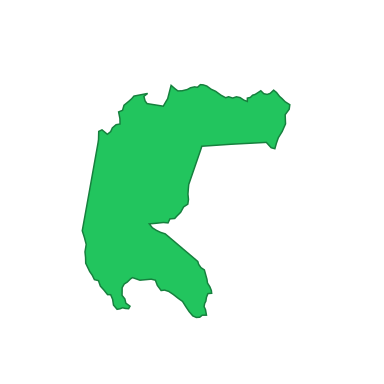 the district of Itauçu, Goiás, Brazil, rotated 328°
{"feature_id": "56859067B31069822837924", "entity_name": "Itauçu", "entity_type": "district", "adm_level": 2, "iso_a3": "BRA", "parent_name": "Brazil", "parent_adm1": "Goiás", "projection": "equal_earth", "projection_center": [-49.6, -16.218], "detail": "fine", "context": "isolated", "style": "filled", "palette": "green", "viewbox_px": 384, "rotation_deg": 328, "n_neighbors": 0, "source": "geoboundaries", "source_scale": "gbopen_adm2", "svg_char_len": 1966}
<svg xmlns="http://www.w3.org/2000/svg" viewBox="0 0 384 384"><g transform="rotate(328 192 192)"><path d="M139.0,304.1L141.1,298.9L141.5,295.6L143.7,293.2L145.9,291.9L148.5,288.9L151.7,286.6L155.0,288.3L156.2,285.8L156.9,281.9L156.9,277.4L158.4,274.0L161.2,264.6L159.5,260.9L159.3,256.8L160.1,254.0L147.1,213.3L143.9,209.5L141.4,205.5L139.4,201.3L138.9,196.4L144.4,199.2L151.6,202.7L155.3,205.5L159.0,203.1L163.3,205.3L166.4,204.4L171.6,203.2L177.0,200.2L182.0,200.1L185.1,196.4L187.4,191.7L190.4,187.6L193.2,183.9L221.5,161.0L224.6,158.4L250.8,172.4L281.3,189.3L282.6,196.4L285.2,199.2L289.5,195.3L294.0,191.7L300.5,188.5L307.4,183.8L312.0,175.8L318.3,173.3L321.2,169.8L318.8,164.8L317.8,160.3L316.9,157.3L316.4,152.4L315.2,148.9L310.5,149.8L307.5,149.1L305.0,146.7L304.0,142.6L300.0,142.7L297.2,142.7L294.7,142.0L291.6,142.7L288.7,141.7L286.9,144.5L284.7,141.6L282.8,137.4L280.1,134.8L276.3,133.9L273.5,130.6L270.5,129.9L267.8,125.1L265.4,119.1L262.7,115.0L260.7,110.0L258.3,107.1L256.0,105.4L252.1,106.1L249.9,104.2L246.0,102.8L242.3,102.6L237.2,100.9L233.6,98.8L232.4,95.7L230.8,90.5L220.8,100.0L218.2,101.3L213.1,104.0L200.7,93.2L200.5,89.8L201.9,85.4L206.6,84.9L193.6,79.9L190.4,80.9L187.1,81.5L180.3,82.4L176.4,85.9L172.2,85.2L169.7,91.7L167.0,96.2L163.3,94.7L158.5,95.4L155.0,97.7L150.8,98.2L148.6,91.6L145.0,91.2L140.5,98.0L138.3,100.6L103.2,139.4L78.4,166.7L76.6,173.7L74.5,180.4L69.5,186.1L67.0,191.2L64.1,196.1L63.1,205.3L63.3,209.8L62.8,214.6L65.7,217.6L64.4,223.2L65.4,228.9L66.0,234.3L68.6,236.0L67.8,241.0L65.5,246.3L66.3,251.8L69.1,252.9L71.8,253.4L73.6,255.3L76.4,257.4L78.9,256.0L77.0,251.2L78.4,247.1L77.9,242.6L80.3,238.9L82.1,236.1L85.8,234.1L89.3,234.1L93.8,233.1L96.2,233.1L101.1,239.2L111.2,244.3L114.2,247.4L113.1,252.9L113.6,259.2L116.7,260.6L119.6,264.0L121.8,268.9L123.9,274.7L126.0,279.8L126.0,285.8L126.2,291.9L127.0,297.5L129.2,300.7L132.2,302.3L135.4,301.9L139.0,304.1Z" fill="#22c55e" stroke="#15803d" stroke-width="1.5"/></g></svg>